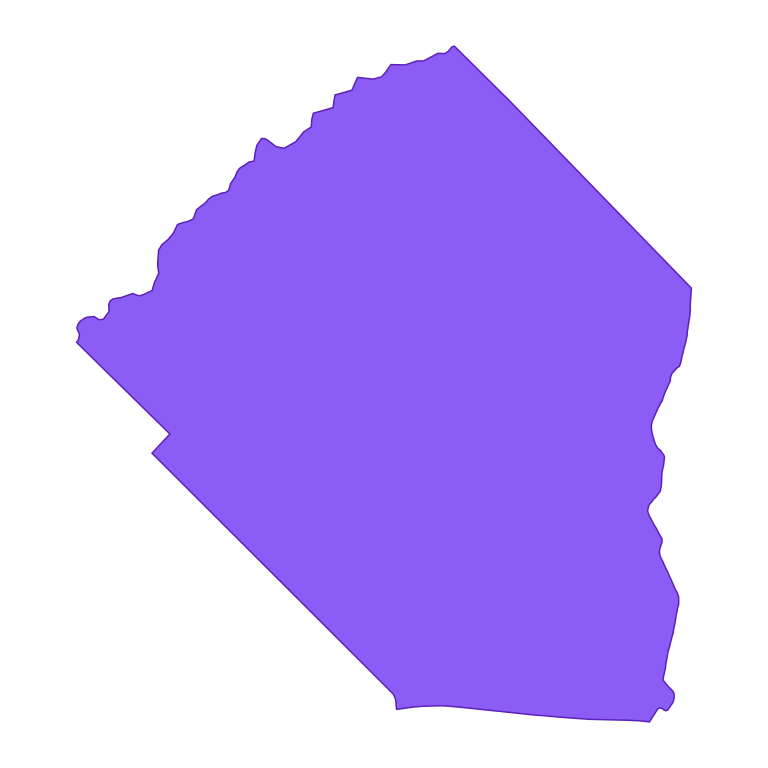 Hurlingham, Buenos Aires, Argentina (Albers equal-area conic projection)
{"feature_id": "61730980B67082136706980", "entity_name": "Hurlingham", "entity_type": "district", "adm_level": 2, "iso_a3": "ARG", "parent_name": "Argentina", "parent_adm1": "Buenos Aires", "projection": "albers", "projection_center": [-58.642, -34.598], "detail": "fine", "context": "isolated", "style": "filled", "palette": "violet", "viewbox_px": 768, "rotation_deg": 0, "n_neighbors": 0, "source": "geoboundaries", "source_scale": "gbopen_adm2", "svg_char_len": 3139}
<svg xmlns="http://www.w3.org/2000/svg" viewBox="0 0 768 768"><path d="M76.6,342.4L169.9,434.0L152.0,453.2L393.3,694.1L394.8,697.3L395.8,700.5L396.5,709.4L412.7,707.1L422.5,706.3L434.9,705.9L440.5,705.8L446.0,706.0L459.3,707.1L532.1,714.8L567.9,717.8L589.2,719.3L626.0,720.2L639.6,720.8L649.6,721.9L650.7,719.9L657.9,708.7L660.1,707.8L662.9,708.9L664.2,710.2L665.9,710.7L667.8,710.0L669.4,707.6L670.6,705.8L672.6,703.0L673.6,700.6L674.0,698.6L674.2,696.5L674.0,693.3L673.1,691.5L670.9,689.1L668.2,686.5L665.5,683.1L663.0,680.0L663.4,677.5L663.8,675.1L664.3,673.2L664.7,671.1L665.3,668.8L665.6,666.6L665.9,663.7L666.8,658.8L667.8,652.9L669.4,647.2L671.8,637.5L673.2,632.9L673.5,630.1L674.8,623.7L675.6,619.5L676.2,614.7L677.1,611.2L677.5,607.9L678.5,605.1L678.8,602.1L678.6,596.8L677.3,592.9L676.1,590.7L675.0,588.7L673.4,584.9L671.1,579.7L669.2,575.7L667.3,571.2L666.4,569.5L665.4,567.4L662.6,561.1L660.6,557.3L659.7,554.2L659.5,552.0L659.6,549.9L660.2,547.7L661.0,545.0L661.8,543.2L662.1,540.6L661.9,538.6L660.1,535.5L658.2,532.1L657.2,530.0L655.7,527.3L654.1,524.9L651.9,520.8L651.1,519.0L650.0,517.3L649.0,515.1L648.2,513.0L647.6,510.6L648.6,506.1L650.0,503.6L651.6,502.0L653.6,499.2L655.9,497.1L657.9,494.4L660.2,491.3L660.7,489.2L661.2,486.3L661.7,480.9L661.7,477.5L661.9,473.0L662.8,468.4L663.5,465.7L664.0,461.4L664.5,457.3L663.9,455.2L661.9,452.5L660.5,450.4L657.8,448.3L655.5,444.5L654.6,441.9L653.9,439.3L652.7,435.5L651.6,430.4L651.3,425.9L651.8,423.2L652.2,421.3L653.8,417.7L655.8,413.1L657.2,410.1L658.2,407.7L659.5,405.6L660.7,403.2L662.1,401.0L663.3,397.1L664.2,394.4L665.9,390.5L667.0,388.0L668.7,384.3L670.4,380.8L670.4,378.3L670.9,376.1L672.1,373.3L675.9,369.0L677.2,367.7L679.1,366.5L680.1,364.5L680.7,362.5L681.5,359.3L681.9,356.5L682.5,354.6L683.5,350.4L683.9,348.5L685.0,345.0L686.0,340.9L687.2,335.1L687.2,331.9L687.8,329.1L688.1,326.6L688.5,323.8L689.8,316.1L690.1,312.9L690.3,309.7L690.2,306.9L690.4,303.4L690.7,297.4L690.9,295.3L691.2,291.2L691.4,288.2L510.0,101.3L454.3,46.1L451.8,47.0L448.5,51.1L445.1,53.5L437.8,53.4L423.6,60.9L416.4,61.0L409.2,63.6L405.1,64.9L390.9,64.6L385.4,72.5L381.5,76.9L373.1,79.1L357.5,77.4L351.9,90.2L335.1,94.9L333.8,101.9L333.1,107.6L313.4,113.2L311.9,118.8L311.2,127.0L303.7,131.9L295.9,141.6L284.1,148.3L275.9,146.6L267.7,140.2L264.8,138.6L261.5,138.5L256.8,145.5L255.1,152.9L254.1,161.0L249.1,162.0L245.3,164.7L241.2,167.3L239.5,168.4L237.0,172.0L235.0,177.1L232.9,180.2L230.6,183.6L229.6,187.2L228.7,190.3L225.7,192.4L221.3,193.2L217.1,194.9L212.4,196.3L208.2,199.4L206.5,201.7L205.0,203.2L200.8,206.3L196.6,209.7L194.7,214.8L194.1,217.1L192.9,219.2L188.2,221.3L179.7,223.6L177.4,224.7L173.9,232.1L172.4,234.4L167.7,239.9L161.9,244.6L158.6,250.1L157.8,261.3L157.7,266.2L158.8,273.0L156.0,279.4L154.6,282.0L153.8,284.8L152.6,288.7L152.1,290.6L143.5,294.5L139.4,295.9L136.2,294.9L132.8,293.5L121.4,297.5L115.2,298.5L112.6,299.1L110.1,301.1L108.7,304.4L108.9,308.2L109.1,311.4L103.3,319.3L99.1,319.7L96.2,317.9L94.2,316.6L87.5,317.1L84.9,318.0L80.4,321.0L78.1,324.1L76.8,327.9L77.6,330.1L79.5,334.2L78.5,339.3L76.6,342.4Z" fill="#8b5cf6" stroke="#5b21b6" stroke-width="1.5"/></svg>